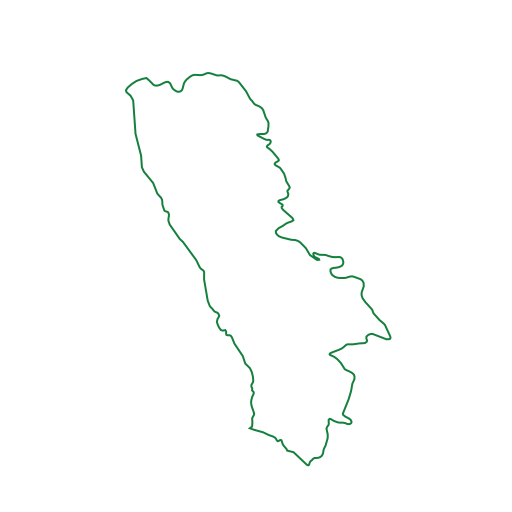 map outline of Meghalaya (Mercator projection), rotated 63°
{"feature_id": "IND-2489", "entity_name": "Meghalaya", "entity_type": "State", "adm_level": 1, "iso_a3": "IND", "parent_name": "India", "parent_adm1": "", "projection": "mercator", "projection_center": [91.449, 25.547], "detail": "fine", "context": "isolated", "style": "outline", "palette": "green", "viewbox_px": 512, "rotation_deg": 63, "n_neighbors": 0, "source": "natural_earth", "source_scale": "10m", "svg_char_len": 4909}
<svg xmlns="http://www.w3.org/2000/svg" viewBox="0 0 512 512"><g transform="rotate(63 256 256)"><path d="M406.7,339.7L406.2,336.9L402.7,334.8L398.8,333.1L396.6,329.9L395.4,329.1L388.1,328.1L385.6,327.4L383.7,326.6L382.1,325.4L380.1,323.7L378.0,321.0L377.1,320.2L376.0,319.9L374.1,320.5L373.4,320.2L372.4,319.5L370.4,319.4L369.3,319.0L368.5,318.2L367.1,316.0L366.0,315.1L362.3,313.6L357.8,312.5L353.3,312.3L349.6,313.5L347.0,314.4L339.2,313.2L324.3,315.0L317.6,314.4L315.5,314.7L314.6,315.6L313.7,317.4L312.8,318.2L311.5,317.8L309.7,316.9L308.1,317.0L307.4,319.5L306.0,320.9L302.7,321.4L299.2,321.2L296.8,320.7L294.6,318.8L293.6,317.1L292.6,315.9L290.2,315.7L289.0,316.2L286.7,318.1L285.0,318.6L283.5,318.8L280.7,319.7L279.4,319.9L273.9,319.3L253.3,312.9L246.6,309.4L245.1,309.5L242.0,311.0L240.3,311.3L232.6,311.1L210.3,314.7L205.9,316.3L204.7,316.4L188.9,318.6L185.0,318.1L183.0,317.1L181.3,315.8L179.5,314.7L177.2,314.4L176.5,314.8L175.0,316.4L174.2,316.9L173.0,316.9L167.8,316.1L164.8,314.7L163.2,314.2L161.3,314.1L155.7,315.6L144.3,314.5L130.1,317.6L125.2,317.4L114.4,312.8L92.5,307.9L61.6,294.8L56.3,295.0L51.3,297.0L49.2,296.6L47.6,293.6L46.3,288.1L45.8,282.9L46.4,278.4L46.6,276.9L47.7,272.8L51.3,271.4L57.0,269.6L58.1,268.7L58.9,267.6L59.6,265.7L59.9,263.7L59.9,259.1L60.1,257.1L60.9,255.2L63.2,254.1L67.6,254.3L69.7,254.0L71.7,253.0L73.3,252.0L74.2,251.0L74.7,250.0L75.0,248.3L74.8,247.3L74.5,246.6L73.5,245.4L69.7,242.0L68.8,240.9L68.0,239.4L67.3,237.8L66.4,233.9L66.2,231.9L66.2,230.2L66.7,228.6L67.5,227.0L69.2,224.2L69.9,222.9L70.3,221.6L70.6,220.1L70.8,216.8L71.6,214.9L73.0,213.2L77.2,209.0L78.1,207.6L78.9,205.4L80.1,203.7L82.3,201.6L86.9,198.4L90.3,194.5L91.1,193.4L93.3,192.3L104.6,190.1L113.4,189.9L115.7,189.2L119.5,188.5L120.5,188.1L121.3,187.6L124.2,185.1L126.5,183.9L127.8,183.5L129.7,183.4L136.5,184.4L138.8,184.4L140.6,184.2L141.9,184.2L143.4,184.6L146.2,186.1L150.4,189.1L151.0,190.1L151.3,192.1L150.9,193.5L149.6,196.1L148.7,198.3L148.4,199.2L148.3,199.7L148.9,199.9L149.4,199.8L155.1,195.8L157.1,194.1L157.5,193.4L158.6,191.4L159.3,190.8L160.5,190.8L161.7,191.7L162.3,192.8L162.6,194.2L162.7,195.5L163.2,196.5L164.2,196.7L167.4,195.1L170.8,193.9L179.3,192.0L180.5,192.0L181.2,192.3L181.5,193.3L181.6,196.0L182.1,197.3L182.8,197.7L184.2,197.3L187.9,194.8L189.3,194.4L195.4,193.6L199.6,194.2L203.2,195.1L208.6,194.7L210.2,194.8L211.2,195.9L212.0,198.1L212.9,198.8L214.4,198.9L215.7,199.2L217.1,200.3L217.8,201.7L218.0,203.6L217.9,205.6L217.0,209.8L217.2,211.0L218.1,211.5L220.2,210.4L222.2,209.1L222.7,209.1L223.6,209.7L223.9,210.9L225.1,211.3L227.2,210.9L238.7,206.3L241.0,206.4L241.4,208.3L240.8,212.5L240.8,214.9L241.3,217.8L241.5,223.2L242.7,227.0L244.7,227.8L246.3,227.6L248.7,226.7L251.2,224.6L257.5,217.3L259.6,213.8L261.6,211.8L264.0,210.4L271.7,208.0L279.7,207.5L287.2,203.4L287.7,202.3L288.0,201.4L287.2,201.3L283.8,203.9L282.9,204.2L281.8,204.3L280.0,204.0L279.5,203.1L279.9,202.2L282.8,199.7L283.8,198.7L286.6,193.6L289.1,191.2L291.5,188.5L292.9,186.1L294.9,181.9L296.2,180.8L298.2,180.3L301.0,180.9L302.6,182.0L303.6,183.7L303.7,185.9L303.7,186.1L303.5,187.4L302.7,190.3L301.9,192.1L301.5,194.1L301.7,195.5L303.1,196.5L305.0,196.9L307.4,196.8L310.4,195.2L312.3,193.3L313.8,191.1L315.5,187.7L316.2,186.0L317.0,181.5L317.6,180.0L318.5,178.6L324.2,173.3L326.2,172.4L328.7,172.3L332.0,173.8L336.0,178.0L337.9,179.3L339.6,179.9L342.3,180.2L346.7,179.5L356.0,177.0L357.4,176.9L359.0,177.2L360.6,177.3L369.5,174.9L373.9,173.0L375.9,172.4L388.6,172.9L389.9,173.3L390.5,173.9L390.7,174.7L389.5,177.5L378.7,187.2L378.1,188.0L377.6,189.2L377.3,190.7L377.4,192.4L378.0,194.2L379.2,195.0L382.0,195.5L382.8,196.6L383.0,198.6L380.7,203.9L378.7,209.8L376.3,214.4L376.1,215.7L376.4,217.2L376.9,219.0L377.3,221.3L377.3,224.0L376.4,232.5L376.4,234.2L376.9,235.0L377.9,234.9L379.4,233.6L381.6,232.0L384.8,230.4L390.2,228.9L397.2,228.3L399.2,226.9L400.7,225.6L402.4,224.4L404.2,223.3L406.4,222.6L408.5,223.1L410.7,224.5L413.4,228.0L419.5,232.6L425.7,238.5L435.8,250.1L436.0,250.2L436.3,250.3L436.7,250.5L437.2,250.4L439.1,249.6L440.0,249.1L442.6,247.2L444.5,246.2L445.5,246.0L446.5,246.0L447.5,246.4L448.1,247.1L448.3,248.6L447.7,250.1L446.8,251.2L445.7,252.1L444.7,253.2L444.0,254.2L442.7,256.7L441.8,258.1L440.6,259.4L438.1,261.6L435.0,263.6L434.6,264.1L434.6,264.8L435.0,265.7L438.5,267.3L439.5,268.1L440.3,269.8L441.2,270.9L441.8,271.6L446.5,272.8L448.2,273.4L449.3,274.0L450.9,274.9L456.5,280.1L458.3,282.6L459.6,283.9L462.0,285.7L463.1,286.8L464.0,288.4L464.3,290.1L464.1,292.0L463.5,293.6L462.6,295.5L462.6,297.0L462.8,297.9L463.3,298.8L463.5,299.7L463.7,300.8L464.3,301.8L466.1,303.5L466.2,304.5L465.3,305.4L447.9,311.6L443.5,316.6L442.1,316.4L436.9,317.6L434.8,317.5L431.8,317.0L431.2,317.4L430.9,318.6L431.1,319.8L430.8,320.8L429.1,321.2L427.5,321.2L426.0,321.8L424.2,323.1L421.2,326.0L416.3,329.7L410.1,336.5L406.7,339.7Z" fill="none" stroke="#15803d" stroke-width="2"/></g></svg>